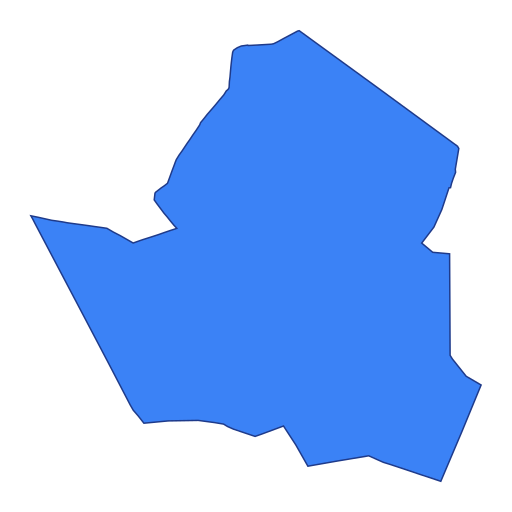 the district of Macea, Arad, Romania
{"feature_id": "2599482B60932360253726", "entity_name": "Macea", "entity_type": "district", "adm_level": 2, "iso_a3": "ROU", "parent_name": "Romania", "parent_adm1": "Arad", "projection": "robinson", "projection_center": [21.316, 46.4], "detail": "fine", "context": "isolated", "style": "filled", "palette": "blue", "viewbox_px": 512, "rotation_deg": 0, "n_neighbors": 0, "source": "geoboundaries", "source_scale": "gbopen_adm2", "svg_char_len": 1781}
<svg xmlns="http://www.w3.org/2000/svg" viewBox="0 0 512 512"><path d="M383.3,462.3L390.4,464.5L394.6,465.9L421.2,474.8L440.8,481.3L459.3,437.7L461.6,432.3L481.1,385.0L466.2,376.3L452.4,359.0L450.1,355.3L449.9,312.9L449.6,253.8L432.7,252.3L421.7,243.1L433.9,227.1L441.8,209.6L444.3,202.1L449.0,187.8L450.5,187.7L451.6,183.2L453.3,178.2L455.6,172.3L455.3,169.2L457.8,154.5L458.3,151.5L458.8,148.5L458.3,147.6L458.1,147.4L457.6,146.3L388.1,95.4L386.4,94.1L299.2,30.7L297.5,31.1L283.8,38.4L277.6,41.8L273.7,43.7L271.3,44.2L257.8,45.0L250.3,45.4L248.1,45.5L247.8,45.1L241.3,46.0L237.3,47.7L233.7,50.1L233.0,51.3L232.6,52.6L231.9,57.7L231.4,61.9L231.0,65.6L230.5,71.0L230.0,77.0L229.4,81.5L229.1,87.5L228.2,89.3L226.2,91.0L225.8,91.7L223.8,94.9L219.7,99.7L215.1,105.3L210.7,110.4L207.3,114.3L204.0,118.5L200.6,122.6L199.7,124.9L196.3,130.1L192.7,135.2L189.6,139.9L187.3,143.1L184.3,147.6L182.1,150.9L179.2,154.9L176.3,159.6L175.3,162.1L174.4,164.6L171.8,171.5L169.9,176.8L167.5,183.3L164.0,186.0L160.9,188.1L159.3,189.4L155.9,192.0L155.0,193.1L154.3,199.1L154.2,199.9L156.9,203.7L160.5,208.5L164.0,213.2L167.1,216.8L170.1,220.6L173.9,225.2L176.8,228.3L174.6,229.1L170.6,230.4L164.4,232.5L158.5,234.6L150.5,237.2L142.6,239.7L137.7,241.4L133.2,243.0L132.6,242.7L126.5,239.2L120.2,235.6L113.4,232.1L106.9,228.3L100.8,227.4L94.3,226.5L88.2,225.6L82.3,224.8L74.8,223.8L67.4,222.8L63.2,222.0L57.5,221.1L51.7,220.3L45.0,218.8L38.3,217.3L30.9,215.8L32.8,219.2L34.9,223.3L82.5,313.7L109.3,364.7L130.3,405.1L133.3,410.3L138.1,415.8L143.9,423.2L168.3,420.9L198.2,420.4L214.7,422.6L223.6,424.1L227.5,426.5L233.6,429.2L255.1,436.4L261.4,434.2L283.5,426.0L295.8,444.9L307.9,466.2L311.2,465.6L336.3,461.2L368.7,455.8L379.5,460.6L383.3,462.3Z" fill="#3b82f6" stroke="#1e3a8a" stroke-width="1.5"/></svg>